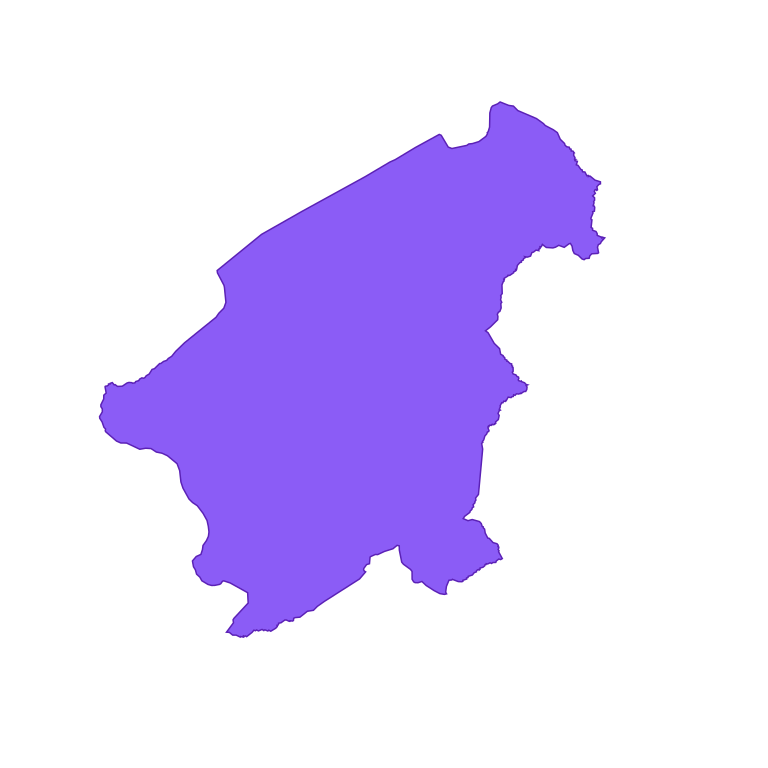 outline of Sawla-tuna-kalba, Northern, Ghana, rotated 338°
{"feature_id": "2480657B66384530229883", "entity_name": "Sawla-tuna-kalba", "entity_type": "district", "adm_level": 2, "iso_a3": "GHA", "parent_name": "Ghana", "parent_adm1": "Northern", "projection": "orthographic", "projection_center": [-2.328, 9.481], "detail": "fine", "context": "isolated", "style": "filled", "palette": "violet", "viewbox_px": 768, "rotation_deg": 338, "n_neighbors": 0, "source": "geoboundaries", "source_scale": "gbopen_adm2", "svg_char_len": 6171}
<svg xmlns="http://www.w3.org/2000/svg" viewBox="0 0 768 768"><g transform="rotate(338 384 384)"><path d="M326.5,199.4L271.8,216.3L271.2,218.6L272.6,232.6L272.2,234.8L268.0,249.1L263.9,253.7L257.4,256.5L253.3,259.2L214.7,271.0L203.1,275.7L197.5,278.8L193.6,279.5L191.3,280.7L188.0,280.5L184.8,281.4L183.6,281.0L176.9,283.8L174.4,283.6L170.0,286.8L166.6,287.3L164.7,288.5L163.2,288.6L161.8,287.6L159.3,287.9L157.8,289.0L154.7,288.7L153.5,289.6L151.2,289.1L150.7,288.3L148.1,287.0L146.1,286.8L140.5,288.0L136.0,286.4L134.5,283.9L133.5,283.7L132.6,280.9L130.4,280.8L130.2,281.3L128.6,280.8L128.2,281.7L126.8,282.1L124.8,281.7L124.3,282.1L123.0,288.3L120.0,289.4L118.5,292.9L113.7,297.2L113.0,299.0L113.5,301.5L112.4,304.3L108.1,307.6L107.6,309.3L108.4,313.6L108.1,319.3L109.0,321.4L108.0,323.0L108.1,324.1L114.6,336.7L117.9,340.1L123.2,342.3L133.1,353.0L139.0,354.3L143.8,356.6L147.4,361.8L152.1,364.9L156.3,369.3L162.3,380.4L162.1,387.8L159.0,398.8L158.6,405.3L160.1,417.6L162.1,422.2L165.3,426.9L167.8,436.2L168.8,444.3L167.8,450.1L166.3,455.6L164.1,459.5L160.7,462.7L155.7,465.9L153.6,469.6L150.4,473.4L145.3,473.6L140.1,476.3L138.9,482.1L139.5,485.6L139.0,490.1L140.9,494.1L141.4,498.2L145.7,503.9L148.7,506.2L151.6,507.3L156.5,508.2L157.9,508.0L160.3,506.4L161.7,506.5L166.8,510.8L179.4,526.4L176.0,536.2L157.2,545.0L155.7,546.1L155.0,549.0L145.0,555.1L147.6,556.4L149.6,560.1L152.9,561.5L155.9,564.8L156.4,564.4L158.7,565.9L158.6,565.1L159.3,564.9L159.4,565.5L161.1,565.7L162.0,566.8L168.6,564.9L171.2,563.5L172.3,564.6L173.7,564.3L175.1,565.9L179.0,565.9L180.2,567.6L180.9,567.2L181.8,567.6L183.8,569.5L185.0,569.1L186.4,570.8L192.1,569.9L194.2,568.9L194.4,567.7L195.1,568.0L196.3,567.2L196.6,566.3L199.1,566.8L203.6,565.7L205.1,566.3L207.2,568.5L207.9,568.8L208.2,568.3L210.3,569.5L211.4,569.4L212.5,567.4L214.1,567.3L218.7,568.7L227.8,566.0L233.8,567.4L238.9,565.2L247.4,563.2L288.3,555.6L296.6,551.3L295.7,550.1L295.5,548.6L296.1,547.5L300.2,544.9L303.2,545.2L306.2,539.3L307.1,539.0L312.1,538.8L314.2,539.8L321.7,539.4L330.6,540.1L335.7,538.5L337.5,539.8L336.0,543.7L333.7,555.8L334.5,558.4L339.1,565.8L339.8,568.3L336.9,575.6L337.4,578.6L338.4,579.8L341.1,581.0L345.2,581.3L347.6,586.6L353.1,594.4L357.3,599.3L361.2,601.7L363.4,602.0L363.2,600.1L366.1,595.0L370.7,590.3L373.4,591.1L374.2,590.7L378.8,595.0L382.1,596.5L383.2,596.5L383.5,595.6L387.6,595.8L387.9,594.8L389.4,594.9L390.0,593.9L394.4,594.2L397.0,592.7L399.3,592.8L399.7,591.9L401.2,591.3L402.7,591.5L402.6,592.1L403.7,591.7L404.1,590.6L407.1,591.0L409.3,590.3L410.1,589.3L411.0,589.6L411.5,588.9L412.7,589.7L415.4,589.5L416.5,590.7L418.0,590.3L420.8,591.3L421.9,590.1L424.9,589.3L426.4,590.5L428.3,590.2L427.4,582.5L428.2,581.7L427.8,580.2L429.1,578.9L429.3,577.9L428.7,577.5L429.5,576.3L428.9,574.4L425.7,571.9L423.8,566.6L422.5,565.7L422.0,560.1L422.9,556.2L422.2,554.7L422.5,553.6L421.7,552.9L421.9,549.8L421.0,547.3L415.0,542.7L410.7,542.2L407.0,538.5L409.2,536.9L415.5,535.2L416.1,534.2L418.5,533.2L419.5,531.8L421.1,531.5L421.4,529.3L423.8,528.2L424.2,527.1L425.7,526.1L426.2,524.0L430.2,521.8L451.1,481.3L452.3,475.6L453.8,475.1L453.7,474.3L455.6,473.1L457.9,470.1L460.6,468.7L461.9,467.2L463.2,467.3L463.9,466.6L464.0,463.6L464.7,462.3L465.4,462.1L465.5,462.6L466.4,461.8L467.9,462.5L468.4,461.9L469.4,462.0L469.6,462.6L471.5,462.9L471.7,462.2L472.9,462.3L473.3,460.9L476.7,459.8L479.0,456.3L478.7,454.0L480.9,451.9L482.1,451.8L481.4,450.7L483.3,448.8L483.5,447.7L486.2,445.4L487.1,446.0L488.6,444.8L489.9,445.6L490.6,444.9L491.0,445.3L494.2,442.7L496.7,444.2L497.8,443.7L499.2,444.0L500.1,442.6L501.3,443.6L503.1,442.7L505.2,443.8L507.3,443.7L507.4,444.2L510.9,443.4L512.6,444.0L514.3,442.6L515.5,440.4L515.2,438.7L516.8,438.6L515.6,437.7L514.8,435.5L512.4,433.3L512.4,432.6L511.7,432.7L510.1,431.3L510.0,430.4L511.1,429.3L511.3,427.9L510.2,427.0L509.7,424.9L507.5,423.1L507.4,421.1L508.5,420.6L509.8,417.2L509.3,416.6L509.9,415.6L509.3,414.8L509.9,413.2L508.4,412.0L507.3,409.4L506.5,409.0L506.9,408.0L505.4,406.3L505.8,404.6L504.9,403.2L505.1,402.3L503.3,400.1L504.4,394.5L501.4,387.6L499.7,375.4L498.0,372.7L504.2,370.9L513.5,367.0L514.9,364.1L515.2,361.8L517.0,360.3L518.6,360.1L521.1,357.4L522.5,353.1L523.8,352.4L523.6,349.7L525.2,347.2L525.2,345.9L527.5,344.4L530.5,336.3L532.9,333.8L534.0,333.4L534.2,331.8L534.8,332.0L535.1,331.0L539.3,330.3L539.6,329.7L541.3,330.4L545.9,329.4L546.5,328.5L548.3,328.5L548.9,327.2L549.4,327.9L549.9,327.4L552.1,324.0L555.3,322.4L557.0,322.5L557.3,321.4L559.6,321.2L560.4,320.0L562.6,319.7L562.3,318.7L564.6,320.1L567.8,320.3L570.4,317.5L572.1,317.7L575.1,316.8L577.5,318.4L577.7,317.3L579.2,316.9L578.9,316.4L579.9,316.1L580.1,315.1L581.3,315.7L583.1,313.9L585.6,318.2L591.6,321.1L594.2,321.4L598.0,320.9L602.3,324.8L608.1,323.3L609.5,323.5L610.0,326.7L609.1,330.9L609.3,334.3L612.4,337.5L614.4,342.2L616.1,343.7L618.0,343.2L621.3,344.3L622.9,342.2L625.4,341.1L631.1,343.0L632.1,342.7L633.2,337.1L634.9,335.1L637.3,334.8L638.7,333.5L643.4,331.2L641.3,329.5L640.7,330.3L640.3,329.0L637.4,326.1L638.0,324.3L637.7,322.0L635.0,319.6L635.7,317.8L634.7,316.4L638.3,309.7L637.8,309.3L637.9,307.8L641.8,303.8L642.0,302.4L643.8,302.6L645.5,299.3L645.6,297.9L644.7,297.1L646.6,294.7L646.7,293.4L648.1,292.5L649.0,290.2L647.9,287.8L651.4,286.4L651.1,284.2L652.2,283.1L653.2,283.0L653.8,284.2L654.7,283.9L655.3,280.8L657.9,279.5L659.7,279.5L660.4,277.6L656.0,274.0L653.0,268.5L651.3,268.2L651.8,267.5L651.5,267.1L650.1,266.9L649.7,262.7L647.6,261.6L647.9,259.7L646.9,258.8L645.8,254.0L644.4,252.8L646.7,250.0L644.7,248.4L645.0,247.4L645.7,247.4L645.0,246.8L645.9,245.6L645.5,243.2L646.4,241.0L647.0,241.0L646.4,238.8L644.9,238.1L645.4,236.3L644.3,235.6L644.5,233.9L642.3,232.5L641.3,230.4L641.5,228.6L639.1,223.1L638.9,215.9L636.3,211.8L630.3,204.7L629.4,202.3L624.8,195.0L610.5,180.6L608.1,174.8L604.0,172.4L597.3,166.0L594.4,166.8L588.7,166.9L587.0,167.9L583.7,172.3L578.1,185.4L575.1,189.1L573.8,189.7L573.7,190.8L571.2,192.6L562.8,194.8L556.0,194.2L552.5,193.2L550.2,193.8L535.2,191.1L532.3,188.4L530.2,174.8L528.7,173.3L501.6,176.5L478.4,180.2L472.7,180.4L444.4,184.7L372.1,193.3L326.5,199.4Z" fill="#8b5cf6" stroke="#5b21b6" stroke-width="1.5"/></g></svg>